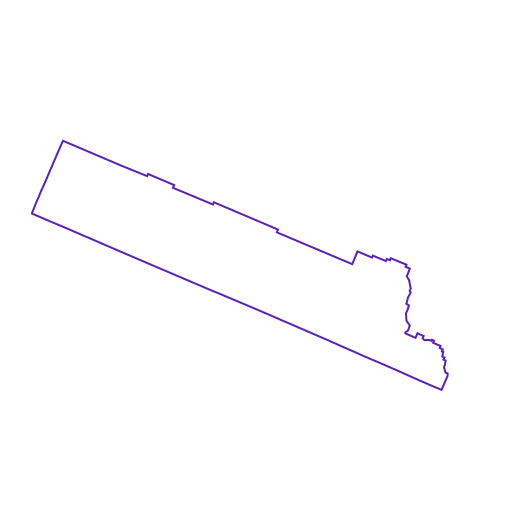 Washoe, Nevada, United States of America (Albers equal-area conic projection), rotated 293°
{"feature_id": "52423323B90728161292494", "entity_name": "Washoe", "entity_type": "district", "adm_level": 2, "iso_a3": "USA", "parent_name": "United States of America", "parent_adm1": "Nevada", "projection": "albers", "projection_center": [-119.703, 40.582], "detail": "fine", "context": "isolated", "style": "outline", "palette": "violet", "viewbox_px": 512, "rotation_deg": 293, "n_neighbors": 0, "source": "geoboundaries", "source_scale": "gbopen_adm2", "svg_char_len": 1482}
<svg xmlns="http://www.w3.org/2000/svg" viewBox="0 0 512 512"><g transform="rotate(293 256 256)"><path d="M205.7,435.1L205.5,446.1L205.4,453.1L205.3,455.4L205.3,455.8L205.3,459.3L205.3,461.3L205.2,469.2L205.2,469.7L205.3,479.1L220.5,479.2L222.8,478.3L222.7,476.0L227.1,472.5L229.8,472.4L233.9,471.4L233.9,469.1L236.2,469.1L236.2,466.8L241.0,465.8L240.8,464.4L243.0,464.4L243.1,461.0L245.3,461.0L245.3,453.0L247.6,453.0L247.6,450.7L246.4,450.7L246.5,448.4L244.3,443.9L245.4,441.5L247.8,441.6L248.0,434.8L243.0,434.8L243.0,434.0L243.1,423.9L244.0,423.3L246.8,425.1L252.1,424.7L255.2,419.8L261.9,416.4L265.4,416.6L270.2,416.1L270.8,413.1L277.4,412.1L282.6,412.7L284.1,411.0L286.3,411.2L293.6,406.3L293.1,407.2L296.1,402.8L304.5,402.5L304.5,397.9L306.8,397.9L306.6,380.9L304.4,380.9L304.3,377.5L302.1,377.5L302.0,363.4L299.9,363.4L299.9,347.6L286.1,347.8L285.9,266.0L288.9,265.9L289.0,196.2L286.6,196.2L286.3,152.9L289.3,153.0L289.3,124.6L287.0,124.6L286.5,96.9L286.6,54.9L286.6,33.3L282.4,33.2L272.5,33.1L239.5,33.0L232.0,32.8L225.1,32.9L222.4,32.8L220.7,32.8L208.9,33.0L207.5,33.2L207.4,52.1L207.5,71.8L207.3,91.5L207.4,92.5L207.2,111.2L207.0,161.0L206.9,210.0L206.9,210.9L206.9,211.1L206.9,229.4L207.0,234.0L207.1,268.8L207.0,296.9L207.0,297.0L206.9,306.1L206.9,306.3L206.8,327.7L206.7,333.2L206.7,335.4L206.7,336.3L206.6,354.5L206.3,371.0L206.2,382.2L206.2,382.3L206.1,389.5L206.0,391.4L205.9,420.3L205.7,435.1L205.7,435.1Z" fill="none" stroke="#5b21b6" stroke-width="2"/></g></svg>